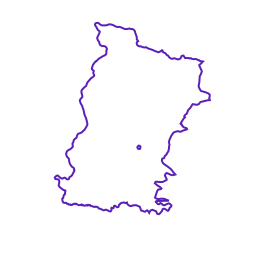 outline of Dilolo, Katanga, Democratic Republic of the Congo, rotated 112°
{"feature_id": "63176286B33518015273847", "entity_name": "Dilolo", "entity_type": "district", "adm_level": 2, "iso_a3": "COD", "parent_name": "Democratic Republic of the Congo", "parent_adm1": "Katanga", "projection": "natural_earth1", "projection_center": [23.36, -10.539], "detail": "fine", "context": "isolated", "style": "outline", "palette": "violet", "viewbox_px": 256, "rotation_deg": 112, "n_neighbors": 0, "source": "geoboundaries", "source_scale": "gbopen_adm2", "svg_char_len": 5813}
<svg xmlns="http://www.w3.org/2000/svg" viewBox="0 0 256 256"><g transform="rotate(112 128 128)"><path d="M188.6,59.4L188.2,59.3L187.1,59.6L186.6,59.5L184.8,58.6L184.0,58.6L183.4,58.8L183.1,59.3L182.5,61.7L182.7,62.1L183.7,63.2L185.5,64.8L186.1,65.5L186.3,66.2L186.3,66.6L185.6,68.2L185.4,69.7L185.7,70.1L186.7,70.3L187.0,70.6L187.2,71.0L187.3,72.0L186.1,74.6L185.1,74.3L180.1,62.9L180.1,66.7L180.2,68.2L180.6,69.5L181.1,70.8L182.7,73.5L182.8,75.5L182.4,76.9L175.2,77.3L173.7,76.9L173.1,75.7L172.3,74.6L171.4,74.4L170.5,77.0L170.4,78.6L169.2,82.4L167.7,82.3L167.0,81.4L166.8,80.2L165.4,76.3L164.9,75.5L161.8,72.8L161.2,72.8L160.7,73.2L158.3,76.0L156.9,76.1L155.3,75.4L155.2,73.8L155.4,70.3L155.0,68.8L153.4,66.7L151.9,69.7L150.4,72.0L149.3,75.2L147.6,82.3L145.6,84.4L143.7,84.8L142.5,83.4L142.1,83.2L141.4,83.4L139.9,83.3L138.6,82.5L135.9,82.2L134.5,81.8L133.0,82.2L131.9,82.2L131.1,82.6L129.3,83.1L128.1,83.2L127.5,83.5L125.8,84.8L123.2,85.1L118.5,84.9L117.6,84.5L116.1,84.4L115.0,83.9L114.3,83.3L112.5,81.0L112.2,80.3L112.0,78.4L111.6,77.6L109.8,76.1L108.2,74.0L106.9,72.8L106.5,73.3L106.2,74.1L106.4,74.8L106.4,76.8L106.0,77.8L105.4,78.5L105.5,78.6L104.6,79.5L104.7,80.2L104.3,80.9L99.2,80.1L97.7,79.7L96.8,79.1L95.9,80.3L94.2,79.8L92.7,78.9L88.8,78.9L87.7,78.5L86.6,77.9L81.7,77.0L80.6,72.6L79.7,71.8L79.3,71.3L77.4,70.8L76.6,70.3L72.6,64.8L71.5,62.6L69.9,63.9L68.8,63.9L66.5,64.7L65.9,66.1L65.8,69.3L66.3,74.4L64.6,76.5L62.9,78.2L59.3,78.9L53.0,80.9L51.1,80.6L48.0,80.7L47.0,81.5L43.3,85.4L42.8,85.5L41.8,84.9L38.3,83.4L38.9,86.4L38.8,87.2L38.4,88.0L38.7,88.8L38.6,90.9L39.7,93.3L40.0,94.8L39.7,95.8L40.0,96.4L40.5,97.0L40.4,97.9L40.7,98.9L41.8,101.2L40.1,103.7L40.6,104.7L41.3,105.3L43.8,105.4L45.0,106.2L45.7,107.4L46.0,111.3L47.4,113.0L47.5,114.3L47.0,116.4L46.4,117.1L45.9,118.0L45.8,119.4L44.8,121.0L44.5,124.0L44.3,124.6L43.2,125.0L43.2,125.7L44.2,126.2L46.0,127.7L46.5,128.5L46.4,129.6L46.6,131.7L46.4,133.9L46.7,139.4L46.3,141.4L47.1,142.7L47.5,144.2L47.5,146.9L48.0,147.7L48.0,149.4L47.5,150.7L46.0,151.8L44.9,151.9L43.7,151.1L42.4,153.1L40.3,154.0L37.1,156.9L36.1,157.5L35.2,158.5L34.7,159.7L34.6,160.8L35.0,162.3L35.2,162.7L35.2,163.9L36.7,166.1L37.3,167.6L37.4,168.5L37.3,172.8L37.6,174.2L38.2,175.4L38.4,176.4L38.5,177.5L38.2,180.1L38.2,181.5L38.5,183.1L39.0,184.4L40.6,186.2L41.3,187.4L42.1,189.2L42.6,190.7L42.6,192.0L41.7,195.0L41.9,195.7L42.8,197.0L43.3,197.4L44.3,197.4L45.2,196.8L46.4,195.0L48.0,193.2L48.4,192.5L49.1,190.4L49.4,190.2L51.0,190.1L55.7,190.4L56.6,190.0L57.9,188.8L59.1,186.9L60.8,185.8L61.5,184.7L61.6,184.0L61.7,182.5L61.0,181.0L61.0,179.6L61.1,178.9L61.7,178.0L62.7,177.1L64.7,177.0L65.7,176.5L67.1,176.0L68.0,176.0L69.0,176.5L71.1,178.4L74.8,181.1L78.0,182.4L78.1,182.8L80.6,183.7L82.5,184.1L85.9,184.0L87.1,183.3L87.9,181.1L89.8,180.9L90.4,180.5L91.2,179.6L91.9,179.0L92.6,179.0L93.6,179.5L95.7,180.9L100.3,182.5L101.7,182.8L103.8,182.6L104.9,182.7L106.4,183.6L109.9,185.0L110.8,185.1L112.3,184.6L115.6,182.2L116.5,182.0L119.1,182.9L120.2,183.1L120.7,182.9L122.6,181.4L124.8,178.7L126.5,177.4L127.9,176.0L131.5,173.6L131.7,173.4L132.0,173.3L133.9,171.3L135.9,169.6L138.7,167.6L140.2,166.9L142.2,167.0L146.1,167.7L148.5,168.9L149.0,169.0L150.5,170.2L152.0,172.0L152.7,172.3L154.0,172.4L156.4,172.1L158.2,173.3L159.3,173.6L160.0,173.7L161.8,173.4L163.0,173.7L164.9,172.8L165.5,172.3L166.1,172.2L167.6,172.7L169.1,173.5L170.9,175.0L172.0,175.7L173.2,175.9L175.1,175.7L176.8,174.6L177.8,173.2L178.3,171.8L178.8,171.3L180.5,170.3L182.9,168.6L184.1,166.9L185.0,165.3L185.2,163.7L185.8,162.9L186.4,162.4L187.1,162.4L187.5,161.8L188.3,161.7L190.7,162.1L192.4,162.1L193.7,162.5L195.4,163.8L197.3,163.7L197.9,164.2L198.4,165.1L198.4,165.4L198.2,166.3L197.9,166.8L197.7,167.6L197.9,168.3L199.5,169.9L199.7,170.7L199.4,172.5L198.9,173.8L198.4,175.3L198.6,175.8L199.3,176.5L201.2,177.4L201.5,177.3L202.5,176.2L202.0,174.5L201.8,173.1L202.5,172.2L203.9,171.4L206.7,170.9L207.7,170.4L208.6,168.5L209.2,166.6L209.7,164.4L209.4,163.1L209.6,162.5L210.4,162.5L211.0,162.2L212.1,162.0L212.6,161.7L213.2,161.7L213.8,162.2L214.4,162.3L214.9,162.2L215.8,162.2L217.1,161.9L218.2,162.5L220.0,161.5L220.9,160.7L221.2,160.0L221.4,159.8L221.2,158.7L220.6,157.4L220.7,156.6L221.1,156.1L220.8,154.8L221.2,154.3L220.9,153.3L220.5,152.9L220.5,152.5L220.8,152.2L220.8,151.9L220.6,151.4L220.2,151.0L219.7,150.8L219.4,150.5L219.2,150.4L218.9,149.7L218.5,149.6L218.4,148.7L218.1,148.7L217.6,147.9L218.0,146.0L217.9,144.7L217.6,143.8L216.7,142.3L216.9,141.6L216.7,141.0L216.3,141.4L216.3,139.3L216.2,138.8L215.4,138.1L215.0,137.3L215.2,136.9L215.1,136.6L214.5,136.7L214.3,136.5L214.0,135.5L214.2,135.1L213.7,134.1L214.1,133.7L214.2,133.3L214.0,132.5L214.0,131.3L213.9,130.6L213.9,130.0L213.6,129.2L213.3,129.1L212.9,128.0L212.7,126.3L213.2,125.6L213.6,124.6L213.3,123.6L213.3,122.2L213.5,120.1L213.3,119.5L212.0,118.0L212.0,116.3L212.2,114.3L211.9,112.9L210.9,112.6L209.9,112.6L209.2,113.2L208.2,113.4L208.0,112.3L207.7,111.5L205.4,111.7L204.9,110.7L205.5,109.0L205.5,108.4L205.2,107.8L204.8,107.3L202.6,107.5L201.6,106.8L201.0,106.9L200.1,106.2L198.6,104.0L198.5,103.5L198.6,102.7L198.5,102.2L197.5,101.0L198.4,100.5L198.8,99.9L199.2,99.0L199.5,97.7L199.5,96.6L198.8,95.2L197.9,94.6L197.5,93.4L197.0,92.9L196.5,91.1L196.6,87.6L199.5,85.0L199.6,84.7L199.4,83.5L199.4,81.3L199.2,80.8L197.4,79.7L197.1,79.2L197.5,78.6L197.8,77.8L198.7,76.6L197.8,76.6L196.2,76.2L195.5,75.7L194.7,74.7L194.7,71.2L194.8,70.6L195.4,69.9L196.4,69.2L196.6,68.5L196.3,67.8L196.3,67.0L194.8,66.2L193.5,65.9L192.5,65.4L190.3,65.5L189.7,64.9L189.4,64.4L189.2,63.6L189.5,61.7L189.9,60.5L189.8,59.9L189.3,59.8L188.6,59.4ZM142.7,109.0L143.2,109.6L143.5,110.5L143.4,111.0L142.6,112.0L142.3,112.2L140.5,111.7L140.1,110.7L140.2,110.2L140.7,109.4L141.8,109.2L142.1,109.3L142.7,109.0Z" fill="none" stroke="#5b21b6" stroke-width="2"/></g></svg>